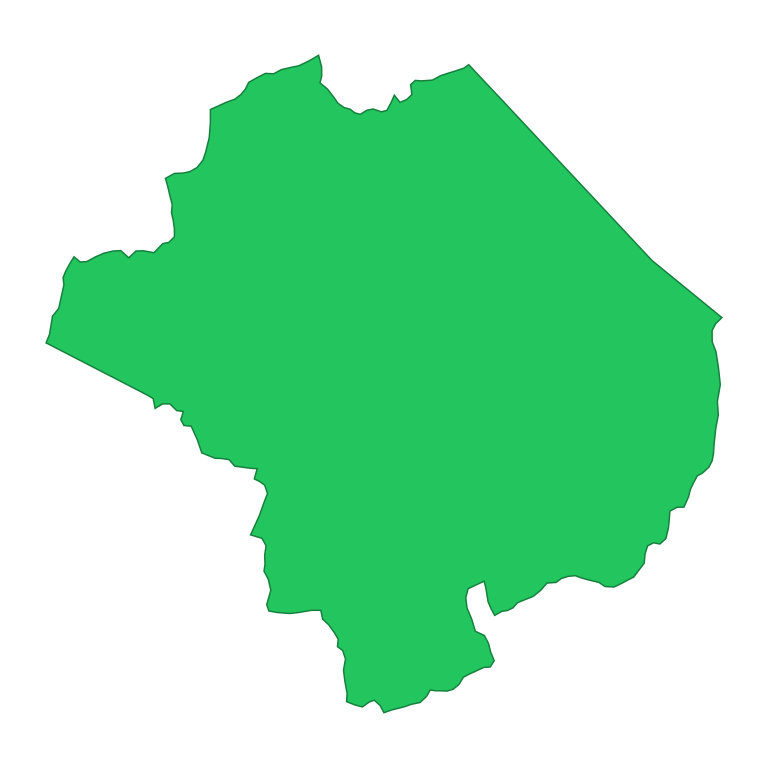 the district of Cedro, Ceará, Brazil
{"feature_id": "56859067B68108454386597", "entity_name": "Cedro", "entity_type": "district", "adm_level": 2, "iso_a3": "BRA", "parent_name": "Brazil", "parent_adm1": "Ceará", "projection": "equal_earth", "projection_center": [-39.111, -6.578], "detail": "fine", "context": "isolated", "style": "filled", "palette": "green", "viewbox_px": 768, "rotation_deg": 0, "n_neighbors": 0, "source": "geoboundaries", "source_scale": "gbopen_adm2", "svg_char_len": 2800}
<svg xmlns="http://www.w3.org/2000/svg" viewBox="0 0 768 768"><path d="M46.1,342.9L146.2,394.5L153.2,398.6L155.1,408.4L162.6,403.9L169.9,403.9L176.7,410.6L183.3,411.5L180.8,419.7L183.9,425.5L191.2,426.2L197.3,439.7L201.8,452.9L214.9,458.2L221.6,458.5L229.0,459.6L234.7,466.1L245.1,467.6L251.0,468.3L257.2,468.7L254.3,478.9L259.6,481.5L264.7,485.2L267.5,493.5L264.0,502.5L259.3,515.7L253.5,528.4L250.6,534.9L261.9,538.3L266.1,545.7L264.7,555.0L265.0,564.4L264.0,571.1L268.3,579.3L270.8,590.3L266.7,604.6L268.9,611.0L277.2,612.5L289.8,613.5L298.6,612.5L311.4,610.3L320.8,610.3L322.7,619.2L328.7,624.8L334.5,632.9L338.2,639.2L337.5,646.7L342.7,650.5L345.5,659.1L343.5,670.0L344.8,680.7L347.1,693.4L346.6,701.7L355.7,705.2L362.5,706.9L369.1,702.1L374.3,700.2L380.1,705.5L383.9,712.7L391.9,709.9L399.1,708.1L405.2,706.5L411.4,704.3L420.1,702.5L426.5,696.4L430.3,689.9L435.7,690.8L440.8,690.8L446.9,691.1L453.1,689.3L459.0,684.4L463.3,677.3L469.0,674.2L476.3,670.9L483.6,667.5L490.2,667.0L494.2,660.7L490.6,651.9L488.5,643.4L484.4,635.5L475.4,631.3L471.7,619.2L467.0,607.9L465.8,597.8L468.1,588.7L484.1,581.2L485.8,587.7L488.1,601.9L491.1,608.7L494.7,615.4L501.9,611.3L507.2,610.6L512.9,607.9L517.6,602.7L524.1,600.0L533.3,596.3L540.8,590.2L547.0,583.1L556.1,582.4L561.2,578.6L567.9,576.4L575.2,575.7L581.4,577.9L589.2,580.1L598.9,582.4L605.0,586.5L614.1,587.0L621.6,583.4L627.7,580.1L633.7,577.1L639.4,569.5L644.2,563.2L645.1,553.7L647.6,545.9L653.5,542.8L659.9,544.0L665.8,538.7L668.3,528.6L669.1,521.7L669.9,511.1L677.2,507.2L683.9,507.2L688.5,496.9L690.4,489.4L693.7,482.5L697.3,475.9L702.4,473.1L708.8,467.3L712.2,460.7L713.5,453.3L714.2,442.8L715.8,428.4L718.3,414.8L717.4,401.3L720.3,384.7L718.5,368.1L717.2,359.6L716.0,351.7L712.2,341.8L712.1,330.6L715.6,323.8L721.9,317.6L652.1,260.6L600.2,205.1L565.7,168.3L499.5,97.4L495.3,93.0L468.7,64.7L464.0,68.1L456.2,70.7L449.1,72.9L440.8,75.6L432.4,80.1L421.2,80.9L415.3,80.4L410.6,84.7L411.9,94.5L406.9,99.4L400.0,102.4L394.3,95.2L391.2,102.3L386.9,110.4L381.4,111.8L373.1,109.0L367.0,110.2L360.3,114.3L354.6,112.8L350.2,109.2L344.1,107.6L337.9,103.2L333.6,97.0L327.5,89.1L320.0,82.8L321.7,76.0L321.6,66.9L318.6,55.3L308.9,60.9L298.8,65.8L290.9,67.4L281.4,69.6L273.6,73.8L265.5,73.4L257.9,77.2L248.8,82.3L245.4,89.1L240.9,94.5L235.0,99.1L226.3,102.3L210.4,109.5L210.4,122.7L209.2,137.8L205.7,152.0L202.9,160.2L197.0,167.6L189.7,171.7L182.8,173.1L174.4,173.4L165.4,178.4L167.6,185.9L169.9,195.7L172.2,204.7L171.5,212.6L173.2,220.2L174.4,228.9L174.4,236.8L168.8,242.4L162.8,243.6L154.0,252.7L143.7,250.8L136.0,251.0L128.7,257.8L120.9,250.6L113.2,251.0L103.9,253.2L95.0,257.1L86.8,261.6L80.2,262.0L74.0,256.8L69.6,264.0L65.6,271.4L63.1,277.5L63.9,284.9L58.7,308.4L52.5,316.2L49.5,334.4L46.1,342.9Z" fill="#22c55e" stroke="#15803d" stroke-width="1.5"/></svg>